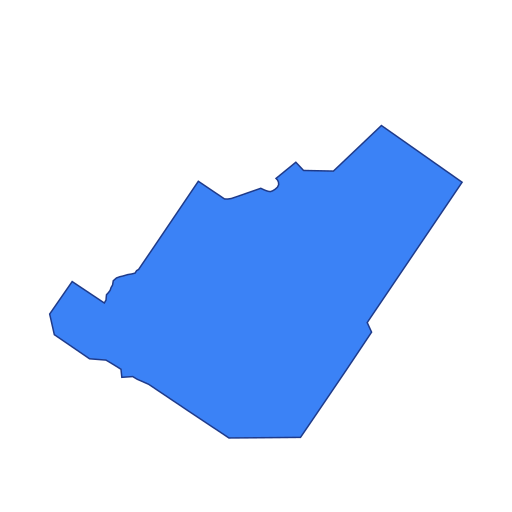 Yangoru Saussia District, East Sepik, Papua New Guinea, rotated 304°
{"feature_id": "67681753B58209203990587", "entity_name": "Yangoru Saussia District", "entity_type": "district", "adm_level": 2, "iso_a3": "PNG", "parent_name": "Papua New Guinea", "parent_adm1": "East Sepik", "projection": "robinson", "projection_center": [143.419, -3.768], "detail": "fine", "context": "isolated", "style": "filled", "palette": "blue", "viewbox_px": 512, "rotation_deg": 304, "n_neighbors": 0, "source": "geoboundaries", "source_scale": "gbopen_adm2", "svg_char_len": 915}
<svg xmlns="http://www.w3.org/2000/svg" viewBox="0 0 512 512"><g transform="rotate(304 256 256)"><path d="M432.4,385.6L432.4,385.4L434.3,287.0L369.7,272.7L353.5,247.6L356.0,236.6L331.5,229.2L331.0,231.4L329.8,233.3L327.8,234.9L325.0,235.3L321.9,234.5L319.3,233.3L317.4,231.9L316.4,229.8L315.8,227.7L315.4,225.9L314.8,222.1L290.0,203.5L287.4,200.7L285.7,198.0L285.7,166.4L205.2,166.3L185.5,166.2L179.2,166.2L177.1,165.2L174.2,165.3L171.4,162.8L168.9,160.1L164.8,156.7L162.7,154.7L159.8,152.6L155.7,151.5L151.8,153.3L148.8,153.5L145.9,154.3L142.8,154.1L140.3,153.7L137.7,155.1L136.0,156.1L135.5,156.3L132.2,156.5L132.0,117.9L92.5,117.4L78.0,132.8L77.7,175.5L85.8,189.8L86.3,198.7L86.6,207.4L80.4,212.6L87.1,221.2L87.4,226.6L89.6,238.7L89.7,286.7L90.0,335.3L104.6,356.6L130.5,394.3L147.2,394.4L174.6,394.5L212.2,394.6L257.5,394.4L263.0,385.4L432.4,385.6Z" fill="#3b82f6" stroke="#1e3a8a" stroke-width="1.5"/></g></svg>